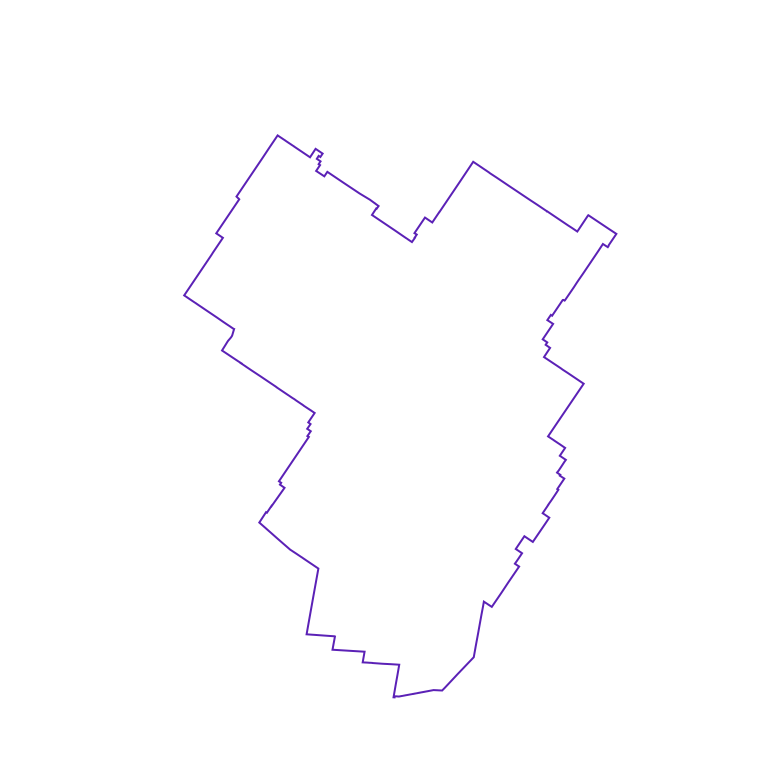 Victoria Plains, Western Australia, Australia (Equal Earth projection), rotated 34°
{"feature_id": "25037944B36470505967652", "entity_name": "Victoria Plains", "entity_type": "district", "adm_level": 2, "iso_a3": "AUS", "parent_name": "Australia", "parent_adm1": "Western Australia", "projection": "equal_earth", "projection_center": [116.32, -31.016], "detail": "fine", "context": "isolated", "style": "outline", "palette": "violet", "viewbox_px": 768, "rotation_deg": 34, "n_neighbors": 0, "source": "geoboundaries", "source_scale": "gbopen_adm2", "svg_char_len": 3633}
<svg xmlns="http://www.w3.org/2000/svg" viewBox="0 0 768 768"><g transform="rotate(34 384 384)"><path d="M358.1,568.6L369.7,570.1L382.7,571.8L389.1,572.6L398.9,573.8L406.4,573.7L407.8,573.7L417.3,573.7L423.2,573.7L432.8,573.7L437.2,583.7L443.1,597.1L446.9,605.7L453.1,619.7L459.8,634.8L464.5,632.1L465.0,631.8L466.9,630.7L475.1,626.0L484.1,620.8L484.3,620.7L484.5,620.7L489.9,633.1L497.9,628.4L517.6,616.8L522.0,626.7L525.8,624.4L527.9,623.2L528.2,623.0L530.2,621.8L530.4,621.8L539.3,616.7L546.6,612.3L553.6,608.2L558.0,618.0L561.4,625.7L567.1,638.4L568.0,637.9L567.5,636.9L569.3,635.8L571.1,634.8L571.2,634.7L596.3,610.0L596.8,609.7L603.6,605.6L604.3,601.8L607.1,584.3L607.1,584.2L611.2,560.3L606.5,549.7L600.8,536.6L600.7,536.4L594.0,521.2L590.3,512.6L588.5,508.6L598.0,508.5L598.1,491.4L598.0,479.9L598.0,478.2L598.1,459.8L593.0,459.8L593.0,459.4L593.1,456.6L593.1,447.1L585.5,447.1L585.5,431.7L586.1,431.7L595.7,431.7L595.8,409.8L595.8,402.4L594.6,402.4L587.8,402.4L587.8,396.1L587.8,392.4L587.7,392.4L587.7,391.1L587.8,387.3L587.8,380.8L587.7,374.2L586.4,374.2L586.4,369.1L586.4,367.9L586.4,361.6L581.0,361.7L581.0,360.7L577.0,360.7L577.0,360.1L577.2,358.3L577.2,356.9L577.2,355.8L577.2,355.2L577.2,353.6L577.1,347.7L577.2,345.2L569.9,345.2L569.9,335.7L549.3,335.7L549.3,323.1L549.4,272.1L549.1,272.1L541.0,272.1L535.6,272.1L529.7,272.1L523.9,272.2L522.0,272.1L502.1,272.2L501.6,272.2L501.5,261.2L496.1,261.1L496.1,258.2L490.6,258.2L490.6,239.6L483.7,239.7L483.7,239.3L483.7,236.3L483.7,234.6L483.7,233.4L485.2,233.4L485.2,229.7L485.2,225.4L485.2,214.5L485.3,214.3L485.5,214.1L485.8,213.9L486.0,213.9L487.1,213.9L487.2,213.7L487.3,197.5L487.3,197.3L487.2,192.1L487.2,188.9L487.3,181.3L487.3,174.8L487.3,153.7L487.2,145.5L488.8,145.5L492.8,145.4L493.0,145.4L493.0,144.0L492.7,143.3L492.7,129.6L484.2,129.7L459.0,129.8L458.9,130.0L459.0,145.8L459.0,149.4L459.0,149.5L452.3,149.5L448.1,149.6L422.4,149.6L422.3,149.8L422.1,149.7L414.0,149.7L410.9,149.7L403.1,149.8L376.6,149.9L372.7,149.9L366.8,149.9L362.1,149.9L354.4,150.0L353.5,150.0L352.8,149.9L333.7,149.9L333.8,173.8L333.8,191.1L333.8,210.4L333.7,210.4L333.7,222.9L333.7,223.1L324.9,223.1L324.9,238.3L324.9,241.9L327.6,241.8L327.6,245.6L327.9,245.6L327.8,250.7L318.8,250.7L307.8,250.6L306.7,250.6L296.6,250.6L287.1,250.6L279.5,250.6L279.4,242.8L279.9,242.8L279.9,242.6L280.0,239.5L269.2,239.1L257.2,239.7L237.9,239.8L237.7,239.8L218.4,239.8L218.4,245.2L208.6,245.3L208.6,241.7L208.6,238.3L206.9,238.3L206.9,234.9L202.4,234.9L202.3,231.4L204.3,231.4L204.3,231.2L204.3,227.3L195.8,227.3L195.9,237.4L184.4,237.4L156.8,237.4L156.8,237.8L156.8,252.1L156.9,264.6L156.9,284.7L156.9,285.8L156.9,290.6L156.9,311.1L159.8,311.6L160.7,311.8L160.7,352.9L168.7,352.9L168.7,359.7L168.7,370.3L168.8,373.8L168.8,376.8L168.8,388.8L168.8,422.3L196.5,422.3L205.2,422.3L208.4,422.3L215.7,422.4L228.4,422.4L228.8,422.4L229.0,422.3L230.6,427.4L230.9,428.3L231.0,428.8L231.1,429.4L231.1,429.9L231.1,430.2L231.1,430.8L231.0,432.0L230.7,434.5L230.6,435.2L230.6,435.5L230.6,435.9L230.6,436.5L230.6,436.9L230.7,439.0L230.8,441.6L230.9,444.7L231.0,446.8L231.3,446.8L250.3,446.7L253.9,446.6L253.8,446.8L266.4,446.8L277.7,446.7L283.4,446.7L287.6,446.7L296.6,446.7L296.7,446.8L296.8,446.8L297.5,446.8L302.2,446.8L304.4,446.8L306.1,446.8L309.5,446.8L316.0,446.8L318.1,446.7L320.3,446.8L323.4,446.8L329.3,446.8L329.5,446.9L339.0,446.8L341.7,446.8L342.7,446.8L342.7,458.2L345.5,458.3L345.4,464.1L349.7,464.1L349.6,470.0L351.3,469.9L351.3,505.3L351.3,523.4L354.0,523.4L354.0,525.6L359.6,525.7L359.1,548.2L358.9,548.1L358.9,556.2L357.9,556.2L358.1,568.6Z" fill="none" stroke="#5b21b6" stroke-width="2"/></g></svg>